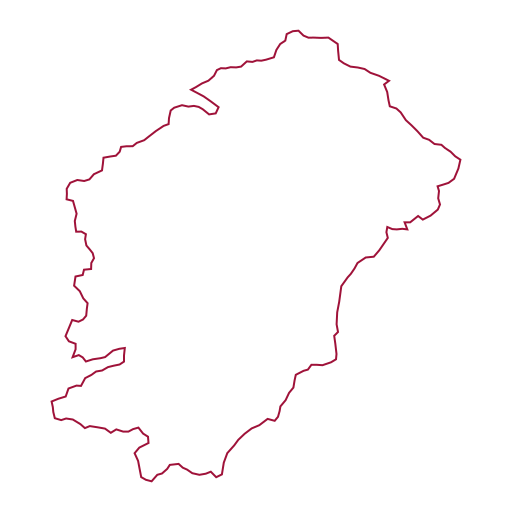 Cajati, São Paulo, Brazil (orthographic projection)
{"feature_id": "56859067B27281882546781", "entity_name": "Cajati", "entity_type": "district", "adm_level": 2, "iso_a3": "BRA", "parent_name": "Brazil", "parent_adm1": "São Paulo", "projection": "orthographic", "projection_center": [-48.207, -24.777], "detail": "fine", "context": "isolated", "style": "outline", "palette": "rose", "viewbox_px": 512, "rotation_deg": 0, "n_neighbors": 0, "source": "geoboundaries", "source_scale": "gbopen_adm2", "svg_char_len": 2999}
<svg xmlns="http://www.w3.org/2000/svg" viewBox="0 0 512 512"><path d="M216.2,477.2L221.9,474.4L223.8,462.6L227.3,453.1L234.2,445.4L238.3,439.8L244.6,433.8L251.7,428.4L259.3,425.2L267.6,418.9L274.7,420.8L278.0,416.8L279.6,411.1L280.4,406.4L285.6,400.2L289.1,392.8L293.4,387.6L294.6,380.3L295.8,374.8L303.6,370.8L307.9,369.6L311.4,364.8L316.8,364.8L322.5,365.2L331.0,362.3L336.0,359.3L336.5,354.0L335.3,343.6L334.2,335.8L338.0,332.0L336.6,324.3L337.2,312.3L339.2,301.8L341.3,286.2L347.7,277.3L350.8,273.9L354.5,268.5L357.5,263.0L365.7,257.5L373.8,256.7L379.2,250.4L387.8,237.9L386.4,232.2L387.3,227.0L392.3,229.1L396.8,229.4L402.3,228.8L407.3,229.4L404.6,222.3L410.2,222.3L418.1,216.0L422.8,219.6L430.6,215.6L437.8,209.6L440.0,204.5L438.2,198.3L439.0,191.0L437.6,186.3L443.5,184.5L448.5,182.9L454.1,178.8L458.4,168.5L460.4,159.7L455.2,156.3L450.7,151.8L445.0,148.0L441.4,144.8L434.5,144.0L429.1,139.8L423.2,137.7L417.4,131.2L411.5,125.3L405.9,120.2L400.7,112.4L396.4,108.5L389.8,106.3L388.5,100.3L387.2,92.0L384.1,84.5L389.0,80.8L379.0,75.8L370.4,72.8L364.6,69.0L357.8,67.5L350.4,66.6L343.8,63.3L339.0,59.9L338.1,50.6L337.7,44.0L328.4,37.6L321.0,37.9L313.7,37.6L308.5,37.7L303.5,35.6L298.5,30.7L292.8,31.2L286.7,34.1L285.3,40.6L280.2,44.0L276.4,49.9L273.9,57.3L266.0,59.7L261.3,60.7L256.8,60.4L252.5,61.9L246.8,61.4L241.1,66.6L236.2,67.4L230.6,67.2L225.7,68.4L220.9,68.2L216.9,70.1L214.0,75.8L208.4,80.7L202.0,83.4L195.8,87.2L191.1,89.7L203.7,96.4L210.8,101.4L218.6,107.2L215.7,113.4L209.1,114.4L202.7,109.2L198.7,106.9L193.9,105.9L188.4,106.6L182.0,105.2L174.2,107.7L170.7,110.5L169.0,118.1L168.6,124.1L163.6,125.9L155.8,131.1L148.6,136.7L144.2,140.2L136.8,142.9L132.7,146.2L126.2,146.3L121.1,146.9L119.7,151.7L115.9,155.7L110.3,156.5L103.5,157.7L102.9,163.7L102.0,170.4L93.9,174.2L89.4,179.4L84.2,181.0L77.3,180.0L70.2,182.8L66.7,188.8L66.9,193.8L66.6,199.3L73.0,200.9L76.6,213.7L74.8,221.0L75.4,226.7L76.2,231.7L81.4,231.6L85.9,234.2L85.1,239.2L86.4,245.5L89.9,249.6L92.7,253.2L94.0,258.2L91.3,263.0L91.1,269.0L84.0,269.7L82.7,275.0L75.5,276.5L74.1,285.7L79.8,291.2L83.3,298.4L87.6,303.2L86.9,308.3L86.2,315.7L83.0,319.5L78.5,321.7L72.2,320.0L69.1,327.5L65.5,336.2L68.9,341.3L75.6,343.8L75.6,349.3L72.6,357.2L78.8,355.1L82.7,357.4L85.9,361.5L92.8,359.3L100.4,358.2L105.1,357.1L113.0,350.6L119.3,348.8L124.8,348.0L124.0,355.5L124.0,361.6L119.6,364.5L113.7,365.7L108.0,367.1L102.1,370.5L96.1,371.5L91.4,374.9L85.2,378.1L81.0,385.9L76.5,385.6L68.5,388.5L65.7,396.5L58.5,398.7L51.6,401.5L52.8,407.0L53.3,412.0L54.8,418.2L61.2,420.1L66.1,418.5L72.8,419.5L80.5,424.2L84.9,428.1L89.8,426.1L97.6,427.3L105.0,428.6L110.8,432.8L116.3,429.4L123.2,431.6L128.4,431.6L133.1,429.1L138.4,427.6L143.1,433.6L148.0,436.7L148.5,443.0L139.3,447.6L134.6,453.2L138.1,460.9L139.5,468.3L141.2,477.1L145.9,479.8L151.6,481.3L157.3,474.8L162.0,473.5L167.2,468.9L169.8,464.9L178.6,463.9L182.8,467.7L187.1,469.6L192.3,473.2L199.4,474.8L205.8,473.7L210.8,471.7L216.2,477.2Z" fill="none" stroke="#9f1239" stroke-width="2"/></svg>